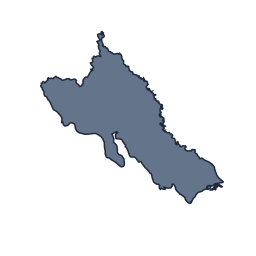 outline of Thaton, Mon, Myanmar, rotated 331°
{"feature_id": "60261553B13890911859525", "entity_name": "Thaton", "entity_type": "district", "adm_level": 2, "iso_a3": "MMR", "parent_name": "Myanmar", "parent_adm1": "Mon", "projection": "albers", "projection_center": [97.318, 17.108], "detail": "fine", "context": "isolated", "style": "filled", "palette": "slate", "viewbox_px": 256, "rotation_deg": 331, "n_neighbors": 0, "source": "geoboundaries", "source_scale": "gbopen_adm2", "svg_char_len": 5907}
<svg xmlns="http://www.w3.org/2000/svg" viewBox="0 0 256 256"><g transform="rotate(331 128 128)"><path d="M72.6,91.0L73.7,91.4L73.1,93.8L73.5,95.4L74.0,95.8L76.6,96.5L80.0,95.6L81.0,95.9L82.6,97.5L83.2,99.2L81.9,102.6L81.7,105.6L82.6,108.0L83.7,109.2L87.1,112.4L88.7,113.4L96.4,116.6L97.8,117.9L99.6,121.1L100.2,122.3L100.7,125.5L100.3,129.0L97.9,133.8L96.9,137.2L95.5,139.6L95.0,142.7L95.4,143.9L97.3,145.3L97.8,147.3L100.2,151.3L102.4,157.1L103.4,158.8L105.2,159.3L106.4,158.9L107.5,157.5L109.4,153.2L109.1,149.0L107.3,146.9L106.8,145.1L107.0,143.8L108.1,142.1L109.6,138.1L109.5,136.7L108.6,133.8L108.8,132.9L110.4,130.5L110.9,126.5L111.2,126.1L111.1,125.6L112.0,125.4L116.0,125.8L115.8,126.0L116.6,126.9L114.1,127.5L113.3,128.6L112.4,131.3L112.8,131.9L116.2,134.0L117.0,135.5L117.0,138.8L117.4,139.5L117.1,140.1L117.5,141.9L116.6,143.0L117.1,144.3L117.0,147.4L116.2,151.2L116.1,154.4L117.1,155.2L119.3,156.2L119.8,157.0L120.3,158.4L120.8,162.8L121.1,163.3L122.3,163.3L123.2,163.8L123.1,166.3L123.8,171.1L124.7,173.5L125.4,178.5L126.2,179.1L125.4,182.4L125.0,183.1L124.3,187.6L124.9,189.4L126.1,191.3L127.2,191.7L127.6,192.6L127.4,193.7L127.7,193.9L126.6,194.9L126.2,196.1L126.4,196.6L127.5,196.8L127.1,197.3L127.9,197.2L130.1,199.4L131.4,199.4L131.6,199.1L130.9,198.3L130.8,197.4L133.8,199.9L136.5,201.2L138.5,200.2L139.3,198.7L140.3,198.9L140.7,200.0L140.7,203.6L140.0,204.2L140.2,206.7L141.4,210.6L141.3,211.2L142.3,212.1L142.3,212.6L143.1,213.9L144.2,217.0L143.5,217.8L143.9,221.0L144.3,222.3L145.5,223.9L146.5,224.1L147.1,223.2L147.4,223.7L151.0,221.2L153.4,220.6L154.7,219.6L158.1,218.3L161.9,219.2L163.7,218.8L166.5,219.1L167.5,218.7L168.7,217.5L170.0,217.4L171.1,217.6L173.6,219.5L176.1,219.4L176.9,218.9L177.5,219.0L180.5,220.5L181.6,220.2L183.4,221.4L184.8,221.5L185.2,221.2L185.0,220.5L183.1,215.5L182.8,212.3L183.8,206.0L184.6,204.2L184.4,202.3L183.6,200.6L184.0,200.4L182.3,197.1L179.2,192.8L178.4,190.6L177.9,190.0L176.0,189.8L175.9,187.4L175.5,186.1L175.6,184.1L174.7,182.3L174.7,181.5L175.5,181.0L176.1,179.6L173.6,177.8L172.6,178.7L168.8,176.9L167.4,174.7L167.9,173.2L169.5,172.8L169.8,172.2L169.5,171.4L166.9,170.0L165.5,170.1L164.6,169.3L165.0,168.2L164.0,166.6L164.7,165.5L164.9,164.2L164.3,164.2L162.9,165.9L162.3,165.9L161.9,164.7L162.9,163.4L163.5,159.9L163.2,159.2L162.3,158.8L161.8,157.9L162.0,157.2L163.2,156.5L163.5,155.9L163.3,154.9L163.0,154.2L162.1,153.9L162.0,152.0L160.0,151.3L159.7,150.1L158.3,149.0L158.1,148.3L159.3,147.9L157.5,146.4L157.5,146.1L158.0,145.9L159.5,145.7L160.1,144.4L161.5,144.5L161.3,143.8L160.9,143.5L158.8,143.5L158.5,143.0L158.8,142.5L160.3,142.2L159.9,141.5L158.9,141.4L157.9,140.9L158.0,139.8L158.9,139.5L160.4,141.2L161.8,140.6L162.4,140.2L162.5,139.8L161.8,138.2L162.1,137.9L162.8,138.1L163.1,138.9L164.1,136.6L163.3,135.8L163.2,134.6L162.0,134.4L161.6,133.8L161.4,132.6L161.9,131.3L162.5,131.0L162.3,132.6L162.8,133.0L163.8,131.0L164.6,130.3L164.3,128.7L165.3,126.9L166.6,127.2L166.9,128.3L167.8,128.0L168.0,127.5L166.7,125.8L166.9,125.4L167.8,125.5L168.3,126.1L169.2,124.5L168.9,123.8L167.7,123.6L167.9,123.0L166.9,121.4L167.7,120.5L166.9,119.7L167.3,118.9L166.2,118.4L166.2,117.2L165.6,116.6L166.3,115.8L165.2,115.3L166.1,113.2L166.2,111.9L167.8,112.6L168.3,112.5L168.3,112.1L167.2,111.6L166.7,110.8L166.8,109.5L165.7,108.5L165.7,108.0L166.7,107.6L166.2,107.5L165.4,106.5L165.6,104.7L165.2,105.0L165.2,104.6L164.6,104.7L165.1,103.8L165.0,103.3L164.2,103.3L163.8,103.8L163.5,103.1L163.9,102.1L163.8,100.8L165.4,100.1L166.0,99.4L166.8,99.5L166.8,97.9L167.3,97.0L167.1,96.3L166.4,95.9L166.4,95.4L165.0,95.1L164.6,94.4L166.0,93.5L165.8,91.8L165.2,92.4L164.8,92.3L163.9,90.9L163.4,90.4L163.3,90.8L163.0,90.0L162.8,90.5L162.0,88.9L162.9,87.8L161.5,87.0L161.5,86.1L158.4,83.2L159.0,82.2L158.9,81.3L158.7,80.7L157.5,79.8L157.3,79.0L157.5,78.6L157.2,78.0L157.9,75.6L157.7,74.9L158.3,74.5L157.9,73.9L156.6,73.4L156.6,72.9L156.0,72.5L156.1,71.4L155.4,70.4L155.4,69.5L156.7,67.0L156.3,66.0L156.5,63.5L157.3,62.4L157.5,60.4L156.8,59.3L157.0,58.7L156.8,58.4L155.6,58.7L154.7,57.6L151.4,56.6L150.5,54.4L149.8,54.2L149.7,52.8L148.3,51.4L148.7,48.4L148.3,47.8L147.7,47.7L147.7,46.0L146.3,45.1L146.5,44.8L145.4,43.8L146.7,43.1L146.9,40.5L148.0,37.3L149.2,36.5L149.8,36.8L151.4,36.5L151.9,35.9L151.9,34.1L152.6,32.9L152.0,31.2L151.7,30.9L150.8,31.2L150.5,32.1L151.3,33.5L151.1,34.1L150.4,33.8L148.7,31.8L146.8,31.5L146.1,33.1L146.2,37.6L145.1,38.0L144.0,37.3L142.8,37.3L142.9,41.3L141.8,41.9L140.9,44.6L140.9,47.3L139.3,48.5L138.9,49.5L139.1,51.5L138.8,52.2L138.2,52.0L137.9,51.2L137.1,50.6L135.6,50.1L134.3,50.3L133.1,48.8L132.6,48.6L131.6,50.0L130.4,49.7L129.9,51.8L129.0,53.2L126.6,52.9L126.6,55.6L127.3,57.4L127.1,58.6L125.7,58.6L125.0,59.5L123.9,58.7L123.7,59.6L124.4,59.6L124.9,60.3L122.7,60.5L117.5,63.7L117.0,63.8L116.0,63.1L115.1,63.1L112.5,63.8L111.2,65.2L111.3,65.6L110.3,67.5L109.5,67.4L108.8,68.2L108.2,68.1L107.3,68.6L105.9,68.4L105.7,65.8L104.8,64.5L104.7,62.4L106.0,61.4L105.5,59.7L104.3,59.0L101.5,58.4L100.7,57.5L100.6,56.6L98.5,55.3L95.9,55.1L93.7,54.4L92.8,52.2L92.2,51.7L91.3,50.0L90.5,49.6L90.0,47.9L87.0,48.1L86.3,48.5L85.0,47.2L83.8,46.9L83.1,46.4L83.0,45.7L82.5,45.6L81.7,45.8L81.4,46.3L81.5,47.7L81.0,46.7L80.4,47.3L79.1,47.5L78.5,48.1L77.1,48.2L76.9,47.0L76.3,46.2L74.5,47.1L73.8,46.9L73.8,47.7L73.3,48.4L72.4,48.5L72.1,49.0L71.9,49.7L72.5,51.4L71.7,52.9L72.2,54.1L72.2,55.2L70.8,58.3L70.9,60.0L71.8,61.0L71.8,64.7L72.4,66.5L71.7,75.7L73.8,79.3L75.0,84.8L75.0,86.9L74.3,88.7L72.6,91.0ZM180.4,221.8L178.5,220.2L176.8,220.2L174.7,221.2L176.8,223.1L178.1,222.3L177.3,221.5L177.8,221.4L179.0,222.3L181.0,224.9L181.4,225.1L182.1,224.8L181.1,223.4L180.4,221.8ZM170.3,220.8L172.3,219.2L171.5,218.2L170.1,217.7L169.3,217.9L167.6,220.1L168.4,220.6L170.3,220.8ZM171.9,221.9L170.4,222.4L171.9,223.2L173.1,223.0L174.1,223.5L174.4,224.3L175.3,224.0L175.4,223.0L174.1,222.2L171.9,221.9Z" fill="#64748b" stroke="#1e293b" stroke-width="1.5"/></g></svg>